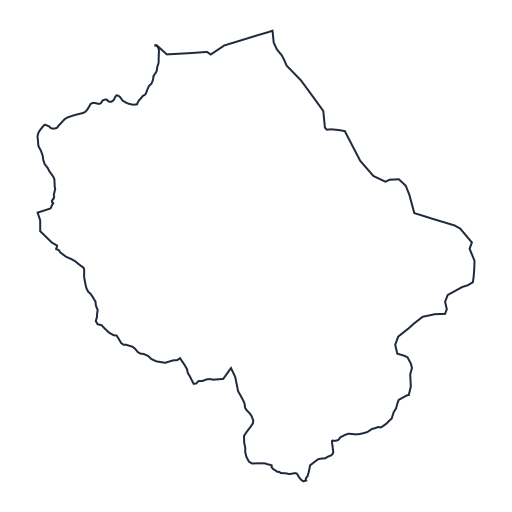 Plescuta, Arad, Romania (Albers equal-area conic projection)
{"feature_id": "2599482B61695336693278", "entity_name": "Plescuta", "entity_type": "district", "adm_level": 2, "iso_a3": "ROU", "parent_name": "Romania", "parent_adm1": "Arad", "projection": "albers", "projection_center": [22.429, 46.276], "detail": "fine", "context": "isolated", "style": "outline", "palette": "slate", "viewbox_px": 512, "rotation_deg": 0, "n_neighbors": 0, "source": "geoboundaries", "source_scale": "gbopen_adm2", "svg_char_len": 4544}
<svg xmlns="http://www.w3.org/2000/svg" viewBox="0 0 512 512"><path d="M408.9,394.9L408.8,394.6L409.1,393.4L409.5,392.1L410.0,389.9L410.8,386.8L410.6,382.1L410.2,374.4L412.0,368.0L410.7,363.3L407.5,357.3L403.9,355.6L397.3,353.7L395.2,344.8L398.2,336.6L401.2,334.2L408.7,328.3L410.6,326.6L414.0,323.5L422.6,316.8L431.2,315.0L434.7,314.2L445.0,313.9L446.8,309.3L445.1,301.7L447.7,295.0L462.2,287.0L465.1,286.1L467.9,285.2L472.9,282.2L473.7,276.1L474.3,267.9L474.5,260.8L470.9,251.9L470.0,249.9L469.6,248.8L469.7,248.5L471.3,244.1L471.9,242.5L460.2,228.6L456.3,226.4L454.7,225.5L433.8,219.2L430.3,218.1L414.3,213.1L409.3,194.6L405.7,185.7L398.9,179.3L389.8,179.7L385.4,181.7L373.4,176.0L360.2,160.8L344.8,131.1L338.4,130.0L331.2,129.3L326.9,129.7L324.9,127.6L323.3,111.0L310.1,92.8L300.9,80.3L286.6,65.6L284.1,59.8L281.7,55.2L279.8,53.0L276.7,49.1L273.7,42.6L272.5,30.7L268.7,32.0L257.7,35.2L224.1,45.5L222.6,46.6L210.7,54.5L207.0,51.9L192.1,53.0L166.8,54.4L159.3,47.6L157.4,45.9L156.6,45.2L154.4,45.2L154.7,45.3L155.1,45.5L155.7,45.7L156.5,46.0L157.5,46.5L157.9,46.7L158.1,46.9L157.8,47.1L158.2,47.8L158.5,48.5L158.8,49.1L158.9,49.6L158.9,50.2L158.9,51.0L158.6,60.5L158.7,62.0L158.2,64.3L157.7,65.4L157.1,68.0L157.0,69.2L156.7,70.8L155.8,72.7L154.7,74.2L153.3,76.4L153.5,77.1L153.1,78.9L152.8,80.3L152.2,82.0L151.6,83.2L151.0,84.1L149.1,85.8L147.6,89.0L145.7,93.9L144.8,94.8L142.6,96.1L140.6,98.7L138.9,100.4L137.6,102.8L137.1,104.3L134.9,104.6L132.8,104.7L131.0,104.3L128.6,103.7L125.9,102.6L123.8,101.3L122.6,100.6L120.1,97.1L118.7,96.0L117.3,95.4L116.4,95.4L115.3,96.8L114.2,99.1L113.3,100.4L111.5,101.7L109.5,101.8L107.9,101.0L107.3,99.9L106.0,99.5L104.6,99.7L103.0,100.3L102.1,101.1L101.6,102.1L100.8,103.2L100.2,103.6L99.2,103.8L98.0,103.8L96.4,103.3L94.0,102.9L93.0,102.9L91.8,103.3L90.4,104.2L89.3,106.3L87.8,108.8L86.5,110.6L84.6,112.3L83.0,113.0L79.7,113.8L76.1,114.7L72.7,115.7L67.8,117.3L64.7,119.1L62.2,121.8L60.0,124.2L58.6,125.6L57.5,127.3L56.3,128.1L54.0,128.6L51.9,128.5L50.3,127.7L49.3,126.5L45.2,124.7L44.4,124.9L42.4,127.1L40.9,129.0L38.8,131.9L37.8,134.8L37.5,137.0L38.0,140.9L38.2,144.5L38.6,146.5L39.6,148.3L41.0,150.9L42.5,155.2L42.9,156.9L43.1,159.3L44.6,164.0L47.7,168.0L49.7,171.8L51.0,173.5L53.4,176.9L54.4,179.4L54.7,186.7L55.2,189.1L54.4,192.2L53.8,195.3L54.2,196.9L53.8,197.9L53.7,198.2L53.6,198.8L52.8,199.1L52.6,200.0L51.9,200.7L52.0,202.1L53.1,202.9L53.2,203.0L53.2,203.4L52.3,204.5L51.5,206.3L51.2,207.3L50.6,208.2L50.4,208.5L37.6,212.6L40.2,220.4L40.2,231.2L51.8,242.5L57.1,245.6L56.7,247.3L56.1,249.0L56.6,249.3L57.9,249.7L58.6,250.0L59.1,250.6L60.4,252.5L66.1,256.8L71.4,259.1L75.4,261.4L78.6,264.1L83.8,268.0L84.2,270.5L84.1,276.8L85.2,283.0L86.4,288.2L88.2,291.7L90.7,294.0L92.8,297.1L94.4,299.9L95.5,301.6L95.8,305.1L96.7,307.8L97.7,309.9L96.9,315.1L97.0,316.9L95.8,321.0L97.0,323.2L97.7,324.3L101.5,325.1L104.9,328.7L108.7,332.4L113.5,335.2L116.7,335.6L118.3,338.2L121.2,343.1L123.7,344.8L125.9,344.7L129.7,345.9L132.3,346.6L135.2,348.9L137.7,352.0L140.6,353.7L143.6,353.9L148.3,356.1L151.3,359.0L156.5,361.4L160.2,362.0L165.1,362.8L173.0,360.4L177.3,360.1L180.0,358.2L184.3,364.5L187.0,369.2L187.9,373.3L189.5,375.7L193.6,383.8L196.2,383.5L198.5,381.1L202.3,381.0L206.9,379.3L210.2,379.1L213.3,379.7L223.2,378.9L231.0,368.1L235.2,376.9L238.1,391.2L240.8,396.0L243.4,400.8L244.7,404.2L245.0,407.7L246.5,410.0L249.9,413.6L251.6,416.1L253.3,420.7L252.9,423.3L251.2,425.9L249.9,427.6L246.4,432.3L244.0,435.9L244.1,438.7L244.2,442.7L245.3,448.0L245.2,452.1L246.4,456.8L248.9,461.6L250.8,462.8L252.1,463.5L257.4,463.3L262.2,463.3L265.1,463.4L267.5,464.3L270.0,464.8L271.7,465.4L271.6,467.2L273.0,468.9L275.6,470.6L277.6,471.9L279.4,471.9L280.6,473.0L283.2,473.2L285.8,473.3L289.5,474.1L295.1,473.1L296.9,473.6L297.8,475.1L299.3,477.6L299.5,477.9L301.8,480.4L303.4,481.2L303.5,481.3L306.2,480.5L305.7,479.5L306.0,478.0L307.4,476.5L308.7,472.2L309.7,467.4L310.1,465.4L313.7,462.5L318.2,459.2L321.2,458.6L323.3,458.4L325.0,458.4L326.1,457.7L328.5,456.4L330.7,455.6L332.5,454.2L333.3,452.2L332.0,442.2L332.0,441.0L332.6,440.5L334.3,440.9L336.3,440.6L338.0,440.1L339.1,439.1L340.4,437.3L345.2,434.8L348.5,433.7L350.6,433.9L352.7,434.0L354.3,434.3L356.6,434.3L359.3,434.1L363.4,433.2L367.2,432.1L371.9,429.0L373.3,428.7L377.2,427.4L378.1,427.0L378.8,427.1L380.3,427.5L382.0,426.8L386.3,423.7L388.1,421.9L389.9,420.1L391.7,418.5L392.5,415.9L393.7,412.1L396.1,408.4L397.1,404.4L398.5,400.2L399.2,399.6L404.5,396.7L406.3,395.7L406.6,395.5L406.8,395.5L408.9,394.9Z" fill="none" stroke="#1e293b" stroke-width="2"/></svg>